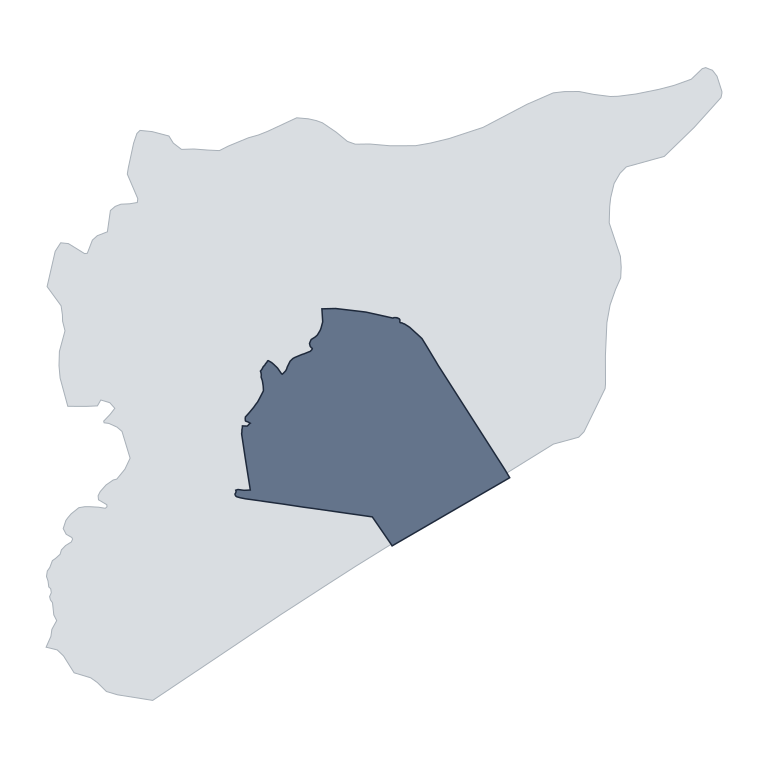 Tadmor, Homs (Hims), Syria shown in context
{"feature_id": "27442178B76261641700856", "entity_name": "Tadmor", "entity_type": "district", "adm_level": 2, "iso_a3": "SYR", "parent_name": "Syria", "parent_adm1": "Homs (Hims)", "projection": "natural_earth1", "projection_center": [39.01, 34.465], "detail": "fine", "context": "in_parent", "style": "filled", "palette": "slate", "viewbox_px": 768, "rotation_deg": 0, "n_neighbors": 0, "source": "geoboundaries", "source_scale": "gbopen_adm2", "svg_char_len": 4558}
<svg xmlns="http://www.w3.org/2000/svg" viewBox="0 0 768 768"><path d="M60.7,242.8L68.4,243.6L84.6,253.6L87.3,253.3L92.4,240.1L97.3,235.7L107.4,231.8L110.4,210.5L115.2,206.4L120.9,204.2L129.6,203.8L137.3,202.5L137.8,198.7L127.3,174.1L128.3,167.9L133.6,143.2L136.9,133.5L140.0,130.4L152.1,131.6L168.9,136.0L173.3,143.1L181.5,149.4L193.9,149.0L208.2,150.1L219.4,150.6L228.3,146.1L248.4,137.8L258.4,135.0L267.5,131.4L296.7,117.8L308.3,118.8L316.3,120.6L322.4,122.8L336.1,132.1L347.4,141.4L355.3,144.2L369.6,144.0L390.3,145.8L415.6,145.7L430.4,143.1L449.3,138.5L483.0,127.4L527.2,104.2L553.2,92.9L564.4,91.6L579.0,91.5L593.7,94.4L610.3,96.5L617.9,96.3L635.9,94.0L659.1,89.3L673.7,85.5L691.3,79.2L702.2,68.7L705.7,67.6L710.3,69.5L712.4,70.2L717.0,76.2L721.9,91.5L721.9,93.3L721.0,97.6L709.7,110.2L694.2,127.4L683.1,138.2L664.3,156.4L650.2,160.3L626.3,166.9L620.0,173.3L614.1,183.5L610.7,197.6L609.7,206.4L609.2,222.9L614.9,239.9L620.4,256.3L621.2,267.2L620.7,277.9L615.6,289.3L610.1,304.9L606.9,322.6L605.4,355.7L605.5,384.0L605.1,388.6L595.4,408.5L584.0,431.8L578.7,437.2L553.4,444.1L525.8,461.2L495.0,480.3L467.0,497.6L437.5,515.8L406.9,534.6L385.0,548.1L355.8,566.2L329.0,583.4L302.0,600.9L281.4,614.2L250.0,635.2L231.7,647.5L204.7,665.6L180.9,681.5L152.7,700.4L117.5,694.8L106.4,691.5L97.3,682.5L90.7,677.8L74.1,672.8L63.5,655.9L57.2,649.9L46.1,647.2L50.9,636.4L51.9,629.3L56.7,620.6L53.8,614.9L52.5,602.7L50.4,599.8L49.6,596.6L51.3,592.7L50.7,588.7L48.8,587.0L48.0,580.9L46.5,576.5L47.3,571.0L49.8,567.5L52.4,560.6L55.3,558.6L60.1,554.3L61.4,549.9L65.6,545.5L71.3,542.0L72.6,539.1L71.8,537.5L66.2,534.3L63.2,528.6L65.9,520.4L67.8,517.8L71.2,513.8L78.8,507.7L84.8,506.7L89.9,506.7L98.6,507.2L105.3,508.3L107.0,506.8L106.8,504.7L98.5,499.8L98.1,495.8L100.2,491.6L106.1,484.9L113.2,480.0L116.8,479.1L124.9,469.2L130.1,458.2L122.0,431.4L117.0,427.1L108.8,423.4L104.1,422.8L103.7,421.1L110.2,414.3L114.8,408.3L109.8,402.7L100.8,400.0L97.4,405.9L85.8,406.4L67.8,406.3L60.1,378.0L59.0,365.7L59.4,351.5L65.0,330.8L62.6,321.2L62.4,314.7L61.1,305.8L47.1,286.6L55.2,251.3L60.7,242.8Z" fill="#d9dde1" stroke="#a8b0b8" stroke-width="1"/><path d="M392.1,545.9L396.2,543.5L509.7,477.7L505.0,469.8L451.3,385.9L440.9,369.6L438.3,365.6L437.0,363.4L435.2,360.3L434.2,358.7L432.2,355.4L427.3,347.2L422.0,338.6L419.8,336.5L419.0,335.8L417.2,334.1L415.7,332.8L410.8,328.3L409.7,327.3L404.4,323.9L403.7,323.8L402.4,323.1L402.2,323.0L401.9,322.9L401.7,322.9L401.4,322.8L401.1,322.8L400.9,322.8L400.7,322.8L400.5,322.7L400.4,322.7L400.2,322.6L400.1,322.4L399.9,322.2L399.8,321.9L399.8,321.7L399.8,321.4L399.9,321.2L399.9,320.9L399.9,320.7L399.9,320.4L399.9,320.2L399.8,319.9L399.8,319.7L399.7,319.6L399.7,319.4L399.5,319.2L399.4,319.1L399.3,318.9L399.2,318.9L399.0,318.7L398.9,318.7L398.7,318.6L398.5,318.4L398.3,318.3L398.2,318.3L398.0,318.2L397.9,318.1L397.7,318.1L397.4,318.0L397.3,317.9L397.2,317.9L396.9,317.8L396.7,317.8L396.7,317.7L396.4,317.7L396.2,317.7L395.9,317.6L395.7,317.6L395.4,317.6L395.2,317.6L394.8,317.6L394.7,317.6L394.4,317.6L394.2,317.6L393.9,317.6L393.0,318.1L366.0,312.1L361.2,311.5L335.6,308.5L323.6,308.8L321.9,308.8L322.7,321.9L321.9,324.8L321.0,328.2L320.2,330.3L317.5,334.8L317.3,335.1L315.4,336.8L314.4,337.5L312.6,338.6L311.2,339.5L310.3,341.4L309.5,343.5L310.2,346.3L311.4,347.8L312.3,348.4L312.2,349.1L311.5,350.1L310.9,350.6L310.8,350.8L310.6,351.0L310.3,351.3L309.9,351.5L309.0,351.8L304.1,353.8L302.1,354.4L294.7,357.5L292.9,358.5L290.1,361.2L287.2,367.1L286.6,369.1L285.6,370.9L283.2,373.4L282.2,374.2L281.8,373.9L281.1,373.2L277.8,368.4L277.7,368.3L277.6,368.1L276.1,366.6L275.9,366.4L275.3,365.9L273.9,364.5L271.7,362.6L268.4,360.7L267.9,360.7L267.5,361.0L267.1,361.9L265.3,364.1L264.9,365.0L263.2,366.7L262.9,367.4L261.7,369.6L260.4,371.1L260.7,371.8L261.0,372.8L261.3,374.9L261.1,377.1L262.3,380.5L262.6,382.2L263.2,386.1L263.4,389.6L263.4,390.9L261.8,394.0L260.3,396.9L259.7,398.1L258.4,400.5L257.6,402.0L255.7,404.4L253.7,407.3L249.2,412.7L247.7,414.4L245.4,416.9L245.2,418.8L245.3,419.5L245.3,420.0L245.4,420.8L245.8,421.2L247.0,421.6L248.3,422.1L250.2,423.2L249.9,423.4L247.9,425.5L247.1,426.1L242.4,425.9L242.3,428.0L241.9,429.7L241.9,432.1L241.6,433.7L245.3,458.4L250.3,490.0L247.1,490.2L244.0,490.3L243.1,490.2L238.0,489.5L235.7,490.2L236.1,491.6L235.6,493.1L235.1,493.7L235.0,494.3L235.2,495.0L235.8,496.1L236.8,496.8L240.4,497.8L245.4,498.8L252.1,499.7L274.5,502.9L282.6,504.0L288.5,504.9L303.7,507.2L313.4,508.5L347.7,513.4L358.4,514.9L372.3,516.9L391.0,544.1L392.1,545.9Z" fill="#64748b" stroke="#1e293b" stroke-width="1.5"/></svg>